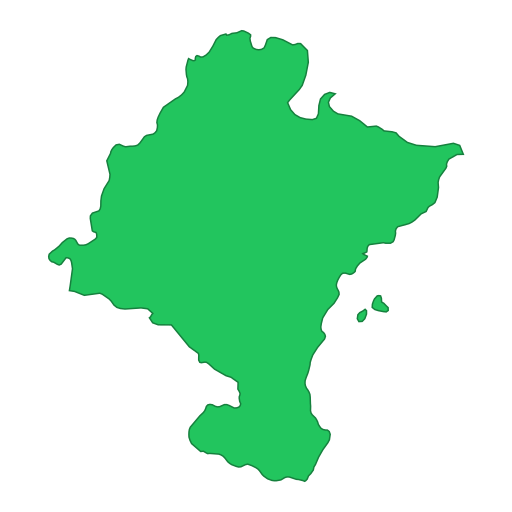 the border of Navarra
{"feature_id": "ESP-5837", "entity_name": "Navarra", "entity_type": "Autonomous Community", "adm_level": 1, "iso_a3": "ESP", "parent_name": "Spain", "parent_adm1": "", "projection": "albers", "projection_center": [-1.621, 42.607], "detail": "fine", "context": "isolated", "style": "filled", "palette": "green", "viewbox_px": 512, "rotation_deg": 0, "n_neighbors": 0, "source": "natural_earth", "source_scale": "10m", "svg_char_len": 5109}
<svg xmlns="http://www.w3.org/2000/svg" viewBox="0 0 512 512"><path d="M226.0,34.0L226.6,35.2L229.1,34.8L231.9,33.4L236.9,32.8L241.7,30.7L243.8,31.0L248.3,33.1L250.6,34.8L250.6,36.3L249.9,38.3L250.3,41.1L252.0,46.6L253.2,48.1L256.0,49.4L258.6,49.8L261.5,49.4L264.1,47.9L265.4,45.1L267.3,39.6L270.8,37.5L275.5,37.6L282.8,39.8L292.6,44.9L295.2,44.5L297.8,43.5L300.6,43.6L307.4,50.5L308.3,62.3L305.8,75.2L302.2,85.4L299.3,89.5L289.6,100.0L287.6,102.7L290.6,109.7L294.9,114.6L300.1,117.6L305.9,119.1L312.4,119.6L316.4,118.3L318.4,113.9L318.9,105.5L320.5,99.0L324.6,94.4L329.8,92.4L335.2,93.8L330.3,98.0L328.4,102.3L329.4,106.6L333.4,111.2L337.9,113.9L351.6,116.2L359.7,120.7L367.4,127.0L376.3,126.1L378.3,126.9L382.3,129.4L384.0,130.9L392.2,131.8L396.1,132.9L399.0,136.3L407.3,142.4L416.4,145.3L435.2,146.7L453.4,143.3L459.7,145.4L463.3,154.3L463.2,154.3L457.0,154.5L448.9,159.1L447.3,161.7L446.5,164.1L446.7,166.3L445.9,168.2L439.6,176.9L438.6,179.8L438.1,182.5L438.5,187.5L437.2,197.1L434.9,202.6L432.4,204.6L429.4,206.2L428.0,207.5L426.1,211.5L421.2,213.8L414.9,220.0L411.9,222.1L409.0,223.6L397.7,226.7L396.1,228.7L395.4,231.0L395.6,233.2L395.3,235.4L394.1,239.8L393.1,241.7L390.5,243.2L385.7,243.2L383.4,242.7L369.3,244.6L367.7,246.4L367.1,248.5L367.0,250.3L366.8,251.9L364.4,253.1L362.8,253.6L363.6,254.4L367.4,256.2L367.0,257.4L365.6,259.2L359.9,263.0L357.3,266.0L355.6,268.8L355.1,271.5L353.5,272.9L351.7,274.0L349.7,274.4L345.4,273.1L342.7,273.2L340.9,274.7L339.4,277.0L337.8,280.0L336.8,282.6L336.3,285.0L336.6,287.1L337.3,288.8L338.4,290.9L338.9,292.1L339.1,294.4L337.5,297.8L334.0,303.3L327.8,309.5L322.7,317.9L321.3,323.6L320.8,327.0L321.1,329.4L321.9,331.4L323.5,332.5L324.8,334.3L325.4,336.3L324.6,338.9L317.5,347.5L312.8,354.9L311.2,359.1L310.2,362.4L310.0,364.8L308.8,369.9L307.9,373.0L306.1,377.6L305.1,380.7L305.0,383.5L305.4,385.7L306.4,388.1L307.8,390.0L309.0,392.1L309.9,394.4L310.2,397.2L310.4,403.6L310.6,406.1L310.5,410.7L311.0,412.9L312.2,414.8L315.5,418.0L316.7,420.0L317.7,422.1L318.3,424.3L319.6,426.4L321.0,428.3L323.0,429.5L325.2,430.0L327.4,430.1L329.2,431.5L330.2,434.3L329.4,439.8L327.8,442.8L322.9,449.6L318.6,457.1L315.4,464.6L313.9,467.0L313.3,470.0L310.8,473.6L308.5,475.9L307.2,479.1L305.8,480.6L304.7,481.3L303.0,480.6L298.6,479.5L296.3,479.3L289.3,477.0L287.5,476.9L285.8,477.2L284.6,477.7L280.9,479.9L276.4,480.7L274.1,480.7L271.9,480.4L267.6,478.8L263.8,476.1L262.2,474.5L259.5,470.7L257.9,469.0L256.0,467.7L251.8,465.6L247.6,464.1L245.3,464.7L240.9,466.8L238.6,467.0L236.3,466.4L231.6,464.6L229.6,463.3L227.8,461.8L224.8,457.9L223.0,456.1L221.0,454.9L218.9,454.1L209.7,453.4L207.6,453.6L205.0,452.2L204.6,451.8L204.0,451.6L203.4,451.2L200.7,451.5L191.6,443.6L190.0,440.3L189.0,437.1L188.9,434.3L189.0,431.8L189.4,429.4L190.3,427.2L199.9,415.8L203.4,412.5L204.8,410.6L205.7,408.5L206.4,406.4L207.8,404.9L209.9,404.4L212.4,404.8L215.2,406.3L217.5,406.9L219.6,406.7L224.4,404.6L226.7,404.6L229.0,405.4L234.2,408.0L236.6,407.9L238.7,407.2L240.2,405.7L240.7,403.8L239.7,401.4L239.2,398.1L239.3,396.5L239.7,395.6L239.9,394.8L240.1,393.6L239.3,391.5L237.9,389.1L238.1,382.3L230.9,377.2L226.0,375.7L214.5,369.1L208.7,363.8L206.5,362.3L204.9,362.1L201.3,362.7L199.8,362.3L198.7,360.1L198.7,357.6L198.8,355.2L198.4,353.4L189.3,346.8L171.4,324.9L158.2,324.8L152.7,322.8L149.4,317.8L150.5,316.9L151.6,314.9L152.8,313.4L147.7,308.8L141.0,307.9L125.0,309.0L120.4,308.5L116.9,307.4L114.0,305.1L111.2,301.1L109.2,299.0L102.3,294.2L99.8,293.2L84.3,295.3L74.5,291.4L69.4,290.6L70.2,285.7L72.5,268.7L71.6,262.6L71.0,260.4L69.8,258.6L68.0,257.9L66.1,257.7L61.2,264.1L59.2,265.0L57.3,264.3L53.7,262.2L51.8,261.8L50.2,260.5L49.0,258.7L48.7,256.5L49.2,254.2L52.5,251.1L54.6,249.9L59.2,246.1L62.3,242.6L67.1,238.8L69.3,238.0L71.5,238.1L73.5,238.5L74.8,239.3L75.8,240.4L77.8,244.0L79.4,245.2L83.6,245.2L85.9,244.8L88.3,243.7L95.4,239.0L96.8,237.3L96.7,234.4L96.1,232.5L93.5,231.7L92.3,230.8L90.3,218.5L90.4,215.9L92.4,213.1L98.9,210.9L100.2,208.9L100.8,206.1L100.9,200.8L101.5,196.0L104.1,188.7L109.2,180.5L109.8,177.2L110.0,174.3L106.8,160.8L110.5,153.5L110.9,151.6L111.9,149.6L113.4,147.5L116.1,144.9L119.3,144.3L123.5,146.2L125.6,146.8L130.2,146.2L132.7,146.2L135.3,145.9L137.7,145.1L139.9,143.0L144.4,136.8L146.6,135.4L153.2,134.1L155.1,132.7L156.7,130.7L157.4,127.5L157.5,124.9L156.9,122.6L157.2,120.0L158.2,117.1L160.1,113.1L163.4,107.3L175.4,98.9L178.5,97.3L181.6,94.9L184.2,92.1L187.6,85.4L187.9,81.8L187.6,78.8L186.8,76.7L186.4,74.4L186.0,69.5L186.2,67.0L188.0,60.1L188.6,58.6L190.0,59.4L193.1,60.7L194.4,60.6L195.4,59.9L195.3,58.2L195.8,56.5L197.0,55.6L199.1,56.2L200.7,57.1L203.0,56.9L206.2,55.0L209.2,52.1L212.9,46.1L216.2,39.6L218.4,37.3L220.4,35.6L225.9,34.0L226.0,34.0ZM378.8,295.6L380.6,295.9L381.4,298.3L381.6,302.0L383.8,303.3L386.4,306.0L388.1,307.6L388.2,310.5L386.2,311.9L383.4,311.6L378.3,310.6L374.8,309.5L372.2,307.4L372.4,304.2L373.5,301.0L374.5,298.9L377.2,295.9L378.8,295.6ZM365.1,309.3L366.5,310.7L366.5,314.1L364.8,318.7L362.2,321.4L358.9,321.6L357.3,318.7L357.9,314.7L359.8,312.6L363.0,310.9L365.1,309.3Z" fill="#22c55e" stroke="#15803d" stroke-width="1.5"/></svg>